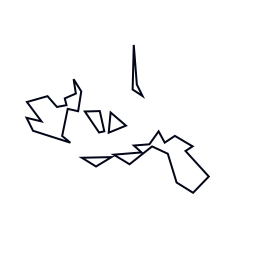 Philippines, Albers equal-area conic projection, rotated 132°
{"feature_id": "PHL", "entity_name": "Philippines", "entity_type": "country or territory", "adm_level": 0, "iso_a3": "PHL", "parent_name": "Asia", "parent_adm1": "", "projection": "albers", "projection_center": [122.681, 12.951], "detail": "coarse", "context": "isolated", "style": "outline", "palette": "ink", "viewbox_px": 256, "rotation_deg": 132, "n_neighbors": 0, "source": "natural_earth", "source_scale": "50m", "svg_char_len": 755}
<svg xmlns="http://www.w3.org/2000/svg" viewBox="0 0 256 256"><g transform="rotate(132 128 128)"><path d="M110.0,35.5L132.6,36.3L136.0,55.4L120.5,81.2L125.6,97.8L153.9,102.6L157.4,120.8L137.1,101.6L137.1,111.9L125.8,101.2L110.0,103.0L114.3,90.9L102.5,87.9L98.4,67.7L106.6,69.9L110.0,35.5ZM177.5,161.0L193.6,196.7L188.3,210.2L181.0,196.7L176.3,220.5L158.2,209.1L159.9,194.9L152.2,189.0L148.3,194.8L137.3,189.8L128.1,201.1L132.1,187.2L148.9,176.3L154.1,185.6L178.0,171.6L177.5,161.0ZM144.6,171.1L134.3,160.3L146.3,143.4L150.7,146.5L144.6,171.1ZM160.7,120.8L178.0,126.0L181.0,142.4L160.7,120.8ZM127.6,131.1L144.4,139.2L128.1,151.3L127.6,131.1ZM62.4,179.3L89.8,150.5L94.5,138.6L96.3,150.3L62.4,179.3Z" fill="none" stroke="#020617" stroke-width="2"/></g></svg>